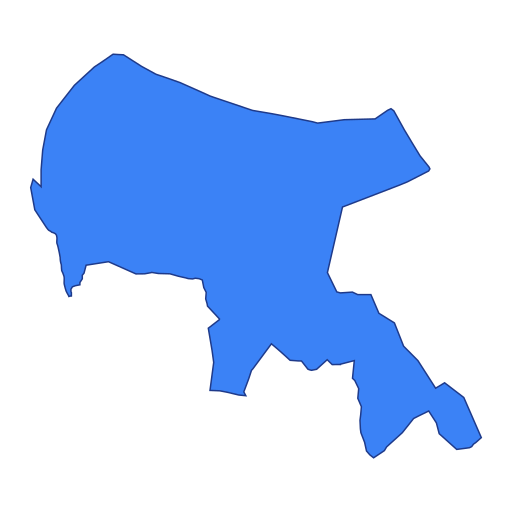 Guma, Benue, Nigeria (Equal Earth projection)
{"feature_id": "59680162B47044873054392", "entity_name": "Guma", "entity_type": "district", "adm_level": 2, "iso_a3": "NGA", "parent_name": "Nigeria", "parent_adm1": "Benue", "projection": "equal_earth", "projection_center": [8.727, 7.86], "detail": "fine", "context": "isolated", "style": "filled", "palette": "blue", "viewbox_px": 512, "rotation_deg": 0, "n_neighbors": 0, "source": "geoboundaries", "source_scale": "gbopen_adm2", "svg_char_len": 2358}
<svg xmlns="http://www.w3.org/2000/svg" viewBox="0 0 512 512"><path d="M429.9,168.9L429.0,167.0L420.0,155.8L411.8,142.3L409.3,138.1L404.3,129.8L396.4,115.5L393.8,110.8L391.0,108.7L387.6,110.3L375.1,118.9L344.3,119.7L317.6,123.1L312.4,121.7L283.0,115.8L271.9,113.7L253.0,110.5L252.2,110.3L214.0,97.4L210.0,96.0L207.2,94.7L180.1,82.6L162.1,76.3L156.4,74.4L155.5,74.0L141.6,66.4L123.5,54.8L117.6,54.5L113.1,54.2L111.9,55.0L104.3,60.3L94.3,67.0L74.4,85.3L67.9,93.6L62.8,100.1L56.5,108.2L46.5,129.8L42.7,150.0L41.1,169.8L41.1,186.7L33.1,179.2L30.7,187.6L34.8,209.8L46.3,227.3L47.9,229.4L48.8,230.3L50.6,231.3L51.9,232.3L53.4,232.7L55.5,233.8L56.5,235.3L57.0,237.9L56.9,239.9L56.8,241.9L56.9,243.2L57.7,245.6L58.1,247.2L59.3,252.7L60.2,257.7L60.2,258.8L60.4,260.9L60.7,262.5L61.0,263.7L61.3,264.6L61.4,266.1L61.5,268.3L61.6,269.2L61.7,270.6L62.9,273.2L64.0,276.4L64.2,277.9L64.2,279.4L64.1,283.1L64.3,284.5L65.3,288.4L66.1,291.0L67.2,293.2L68.5,295.5L68.9,296.5L70.4,296.0L71.1,296.1L71.4,296.0L71.4,292.6L71.0,291.8L70.9,289.3L72.4,286.8L75.4,285.7L79.9,284.8L79.9,282.5L82.3,278.8L82.3,275.2L84.0,273.2L86.1,265.2L108.5,261.7L135.9,273.9L144.7,273.8L151.3,272.6L151.6,272.4L158.4,273.5L162.1,273.6L169.9,273.8L178.3,276.2L182.2,277.1L185.8,277.9L188.2,278.6L190.9,278.8L192.7,278.9L195.3,278.2L199.2,278.7L202.3,280.0L203.8,287.6L206.2,292.4L205.7,298.9L207.1,303.7L207.5,306.1L219.5,319.0L219.3,319.7L208.3,328.2L212.1,350.7L213.7,362.4L210.0,390.4L219.7,390.8L227.0,392.2L238.7,395.0L245.8,395.7L243.8,391.9L248.7,378.8L251.5,370.3L252.8,368.9L271.4,343.8L277.2,348.7L283.3,354.1L290.1,360.3L298.1,360.9L301.5,361.0L307.9,369.2L309.5,369.8L311.5,370.3L316.6,369.3L327.2,359.7L332.2,364.6L336.5,364.5L340.4,364.5L340.4,364.2L354.3,360.6L352.5,378.3L354.8,380.5L358.7,388.6L357.8,398.3L361.4,406.7L360.7,414.7L360.0,420.3L360.4,428.9L360.9,432.7L364.6,442.3L366.5,451.0L369.8,454.8L373.6,457.8L384.4,450.6L386.6,446.9L402.3,432.7L413.6,418.5L418.7,415.9L428.7,411.0L436.4,422.9L439.2,433.7L456.7,449.4L464.5,448.4L469.5,447.7L471.7,446.6L473.5,444.1L475.7,442.6L481.3,437.6L463.8,397.5L444.6,382.8L435.6,388.2L417.9,360.6L403.6,346.2L394.4,322.9L378.9,313.3L370.9,294.6L357.7,294.6L352.4,292.1L340.4,292.9L336.8,291.9L327.4,272.6L342.5,207.0L399.5,185.1L407.5,181.8L424.5,173.1L428.6,171.0L429.9,168.9Z" fill="#3b82f6" stroke="#1e3a8a" stroke-width="1.5"/></svg>